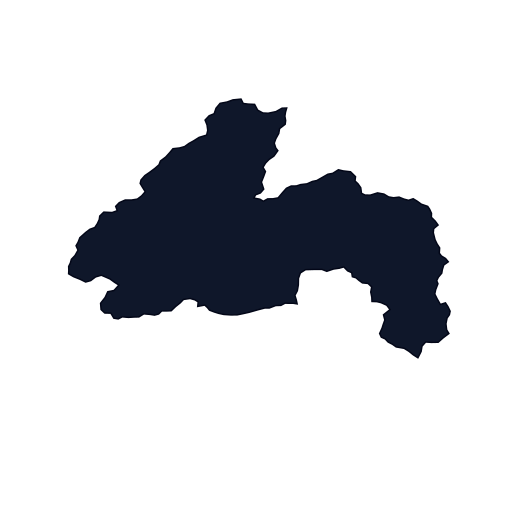 outline of Cotia, São Paulo, Brazil, rotated 68°
{"feature_id": "56859067B86024623028982", "entity_name": "Cotia", "entity_type": "district", "adm_level": 2, "iso_a3": "BRA", "parent_name": "Brazil", "parent_adm1": "São Paulo", "projection": "equal_earth", "projection_center": [-46.953, -23.683], "detail": "fine", "context": "isolated", "style": "filled", "palette": "ink", "viewbox_px": 512, "rotation_deg": 68, "n_neighbors": 0, "source": "geoboundaries", "source_scale": "gbopen_adm2", "svg_char_len": 3223}
<svg xmlns="http://www.w3.org/2000/svg" viewBox="0 0 512 512"><g transform="rotate(68 256 256)"><path d="M333.4,79.9L329.3,81.2L325.4,84.1L322.0,85.0L317.3,82.7L312.7,83.6L308.0,83.9L300.8,82.9L297.2,81.0L295.5,75.6L290.7,76.8L285.8,78.9L282.2,77.3L277.6,77.5L274.3,78.2L269.9,83.3L265.7,85.9L261.8,88.8L261.5,93.7L258.6,97.6L255.0,101.3L253.5,106.7L250.9,110.9L246.5,114.2L243.0,119.7L242.4,127.2L240.4,132.0L237.4,134.7L231.9,133.3L227.2,134.4L223.5,136.1L219.7,134.0L213.3,136.8L209.7,143.4L206.9,147.3L208.1,153.9L207.1,158.7L208.0,165.3L208.8,171.4L208.0,175.8L208.2,181.7L206.5,187.9L206.2,192.3L204.3,197.2L204.6,202.4L207.2,207.7L210.4,213.7L209.3,218.9L207.4,223.8L208.0,228.7L204.8,231.1L201.5,236.2L199.1,233.5L199.2,228.3L196.9,223.8L189.5,223.3L185.1,219.1L181.2,215.6L176.4,216.3L173.4,212.3L171.4,207.8L170.1,202.0L166.5,196.3L163.2,197.2L158.2,196.8L154.7,193.7L150.9,189.0L146.7,186.4L144.8,179.6L141.6,177.8L137.1,176.8L133.6,174.7L130.3,172.1L128.7,176.5L129.6,183.4L128.2,191.2L126.0,196.0L121.4,199.8L114.9,200.5L112.2,206.4L109.8,210.7L104.9,211.1L102.6,218.9L102.4,225.1L101.0,232.1L104.0,237.7L108.4,241.5L108.4,246.9L110.9,252.3L116.1,252.3L121.5,253.7L125.4,256.5L124.7,264.3L125.9,270.9L126.5,276.0L127.8,281.2L127.2,286.4L125.4,292.8L127.8,297.2L130.4,302.6L132.1,309.0L135.1,311.8L136.9,317.0L138.6,323.5L139.8,328.9L142.4,334.1L145.3,336.2L149.8,335.5L154.9,334.6L157.4,339.5L158.8,344.7L157.5,350.3L155.1,356.3L155.3,362.8L157.4,367.5L162.0,367.6L161.8,373.1L158.3,380.7L160.4,385.9L163.5,387.7L166.6,391.0L169.2,394.8L169.0,400.0L170.4,405.1L173.0,412.4L176.7,415.9L179.1,419.0L183.9,418.8L187.8,423.7L189.9,428.4L193.0,430.8L195.5,433.6L199.3,435.0L202.3,436.4L206.8,432.9L211.8,427.7L216.3,423.7L216.9,418.5L215.3,412.6L215.9,406.6L219.3,403.2L222.6,400.0L227.4,397.0L231.6,394.0L234.8,400.6L233.6,406.8L237.9,411.4L241.6,417.8L247.6,419.7L252.2,417.6L254.6,412.0L260.4,411.1L262.7,407.3L262.3,402.8L265.1,397.3L266.8,392.2L268.6,387.4L267.6,381.7L270.5,376.0L272.8,372.2L273.3,368.0L271.6,364.0L273.6,359.0L275.0,355.1L272.7,349.4L271.0,343.7L269.1,339.5L270.7,333.0L273.8,329.0L276.9,326.8L280.9,328.9L282.3,321.9L285.7,320.3L288.8,319.4L292.3,315.6L295.1,312.2L298.1,307.8L301.2,301.4L303.5,295.5L304.5,290.1L305.6,283.5L306.6,274.2L307.5,267.3L309.2,263.1L309.3,256.3L311.1,251.4L310.6,246.7L312.2,243.1L313.8,239.1L315.8,235.8L311.7,235.1L307.1,234.7L303.7,230.7L298.7,227.6L292.6,225.0L288.3,221.2L287.2,215.2L290.2,207.1L293.1,199.9L296.7,196.1L297.1,189.0L298.5,183.4L299.0,178.7L304.1,176.6L307.3,173.5L311.3,174.4L313.7,171.4L317.1,169.7L320.8,167.4L323.4,162.4L328.0,160.3L332.4,163.1L337.7,164.1L341.6,165.5L343.6,161.0L346.1,157.5L350.6,153.2L355.9,151.8L358.3,159.8L363.6,160.5L367.3,163.8L370.1,166.1L374.2,170.4L378.2,170.2L381.2,167.3L385.3,165.7L389.0,162.5L392.8,160.1L397.1,153.2L401.5,150.0L406.5,147.2L411.0,144.0L406.4,138.7L401.8,135.9L399.3,130.9L401.8,125.7L404.2,119.4L402.0,113.2L400.1,106.2L395.9,106.9L390.0,105.3L385.1,102.1L382.9,98.7L379.9,96.7L374.9,97.0L370.4,97.9L370.0,103.2L363.5,104.1L358.2,104.5L354.5,102.0L349.9,97.7L346.6,97.7L344.0,94.9L341.5,90.2L338.4,88.3L334.7,85.3L333.4,79.9Z" fill="#0f172a" stroke="#020617" stroke-width="1.5"/></g></svg>